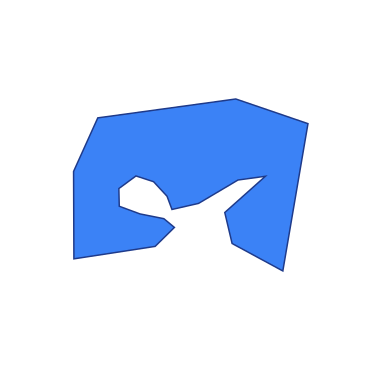 map outline of Dagupan (Natural Earth projection), rotated 215°
{"feature_id": "PHL-5541", "entity_name": "Dagupan", "entity_type": "Independent Component City", "adm_level": 1, "iso_a3": "PHL", "parent_name": "Philippines", "parent_adm1": "", "projection": "natural_earth1", "projection_center": [120.332, 16.046], "detail": "fine", "context": "isolated", "style": "filled", "palette": "blue", "viewbox_px": 384, "rotation_deg": 215, "n_neighbors": 0, "source": "natural_earth", "source_scale": "10m", "svg_char_len": 432}
<svg xmlns="http://www.w3.org/2000/svg" viewBox="0 0 384 384"><g transform="rotate(215 192 192)"><path d="M72.3,179.4L129.6,172.8L153.4,194.0L140.9,247.0L161.2,228.2L180.1,186.4L198.4,166.2L210.0,174.2L229.4,178.4L247.1,173.0L253.9,152.9L243.4,138.6L222.1,144.2L199.7,154.0L186.1,152.9L191.0,126.3L250.4,69.5L300.8,140.9L311.7,198.7L209.5,293.3L136.2,314.5L72.3,179.4Z" fill="#3b82f6" stroke="#1e3a8a" stroke-width="1.5"/></g></svg>